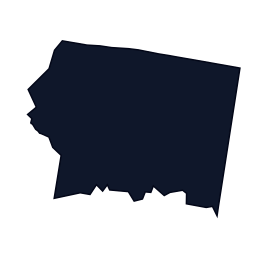 outline of Surry, North Carolina, United States of America, rotated 7°
{"feature_id": "52423323B17834677594816", "entity_name": "Surry", "entity_type": "district", "adm_level": 2, "iso_a3": "USA", "parent_name": "United States of America", "parent_adm1": "North Carolina", "projection": "mercator", "projection_center": [-80.75, 36.399], "detail": "fine", "context": "isolated", "style": "filled", "palette": "ink", "viewbox_px": 256, "rotation_deg": 7, "n_neighbors": 0, "source": "geoboundaries", "source_scale": "gbopen_adm2", "svg_char_len": 764}
<svg xmlns="http://www.w3.org/2000/svg" viewBox="0 0 256 256"><g transform="rotate(7 128 128)"><path d="M63.3,206.8L88.5,198.1L98.4,198.6L103.6,188.1L110.5,193.7L114.4,186.8L117.4,191.7L136.1,191.1L143.0,199.8L151.0,196.7L152.9,189.3L158.5,189.1L160.2,182.4L172.2,190.6L177.5,186.8L189.8,183.1L194.1,185.7L195.2,196.1L215.3,197.3L221.4,195.5L227.1,204.3L227.3,194.7L231.8,54.9L204.2,53.4L164.9,51.4L159.9,51.1L148.8,50.7L144.8,50.4L128.8,49.2L118.9,49.2L102.0,50.2L90.2,49.9L77.3,50.7L77.1,50.8L77.0,50.7L52.2,49.5L45.6,59.8L42.4,78.8L24.2,101.9L34.5,118.5L26.7,126.8L31.4,130.4L30.9,134.6L31.3,135.3L32.7,135.7L36.5,140.5L39.1,142.0L40.9,143.9L42.4,144.1L50.6,146.6L55.7,156.4L65.0,163.3L63.3,206.8Z" fill="#0f172a" stroke="#020617" stroke-width="1.5"/></g></svg>